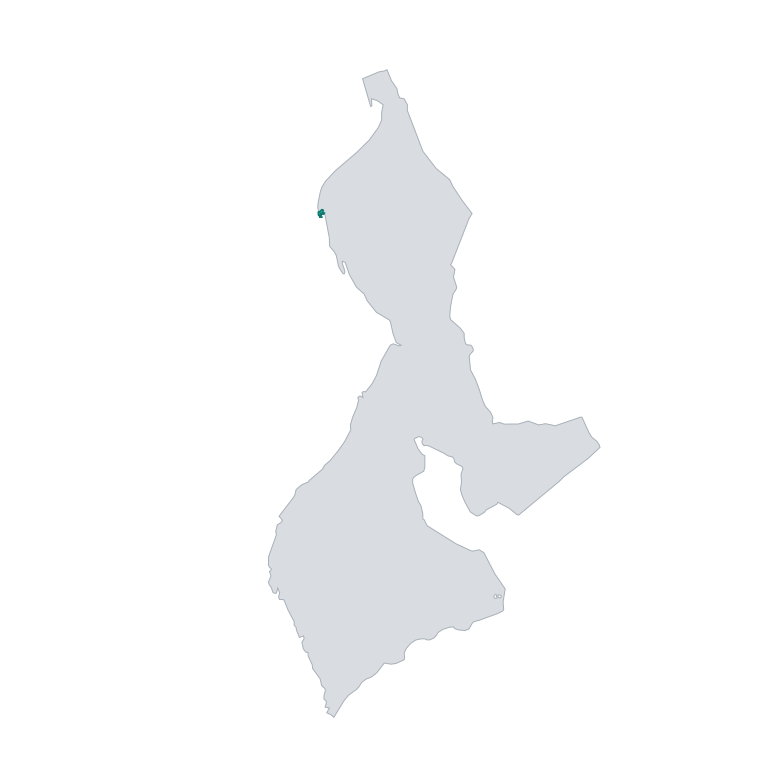 location of Cidade De Inhambane, Inhambane, Mozambique, rotated 159°
{"feature_id": "85939544B19302565001464", "entity_name": "Cidade De Inhambane", "entity_type": "district", "adm_level": 2, "iso_a3": "MOZ", "parent_name": "Mozambique", "parent_adm1": "Inhambane", "projection": "mercator", "projection_center": [35.448, -23.874], "detail": "fine", "context": "in_parent", "style": "filled", "palette": "teal", "viewbox_px": 768, "rotation_deg": 159, "n_neighbors": 0, "source": "geoboundaries", "source_scale": "gbopen_adm2", "svg_char_len": 5560}
<svg xmlns="http://www.w3.org/2000/svg" viewBox="0 0 768 768"><g transform="rotate(159 384 384)"><path d="M240.7,511.6L245.5,507.8L277.3,472.8L279.2,471.4L276.7,465.6L280.8,458.9L281.4,448.4L282.6,446.7L287.4,443.2L294.1,432.5L298.2,424.1L298.7,420.2L292.8,408.8L291.0,402.8L292.8,397.5L293.4,392.6L292.6,391.0L288.9,389.0L288.3,386.8L288.3,384.2L289.1,382.8L293.6,380.5L294.6,379.2L298.2,366.1L297.0,356.3L297.0,345.0L297.8,333.4L297.4,326.8L294.6,319.3L294.3,313.8L296.4,310.0L296.7,307.8L289.8,306.6L286.2,303.5L272.9,298.5L262.7,297.8L254.2,290.3L247.5,289.1L239.0,283.6L212.0,282.6L211.1,282.0L210.1,265.4L209.1,260.0L205.8,254.1L204.9,250.1L205.1,247.4L220.0,241.4L249.2,233.0L255.6,230.2L305.3,213.4L306.7,214.4L311.6,223.0L320.0,232.7L322.0,231.3L333.9,229.8L335.7,228.5L339.3,227.6L343.4,227.1L344.9,227.7L349.3,233.7L350.8,245.0L351.0,252.7L350.5,258.1L346.9,264.4L344.3,272.4L340.5,276.8L340.6,278.8L344.9,283.6L345.8,285.6L345.6,289.7L346.3,291.4L350.0,294.0L352.9,297.9L363.7,309.5L366.5,311.6L368.7,312.1L369.7,314.4L369.1,317.0L367.4,318.5L368.1,320.7L370.2,322.4L375.2,322.1L375.8,321.4L375.4,311.2L373.7,305.2L371.6,302.4L375.8,291.4L378.1,288.4L386.2,287.2L389.9,286.1L391.4,284.8L392.7,281.3L393.6,271.5L394.0,262.4L393.1,257.0L394.3,248.9L396.1,244.0L395.2,243.0L394.5,236.2L374.3,209.3L362.8,197.3L360.9,196.1L354.5,195.1L351.2,190.7L348.5,166.7L344.3,149.3L350.9,137.9L353.1,130.5L354.5,129.5L360.1,129.0L380.1,129.3L385.0,129.9L387.2,129.2L392.5,124.8L396.7,124.8L402.5,127.7L405.6,130.2L406.2,132.3L410.0,133.5L417.2,133.8L422.4,132.7L425.7,130.2L429.1,128.9L432.7,128.7L435.4,129.6L437.3,131.5L440.8,132.8L446.0,133.6L451.7,132.4L457.9,129.2L461.4,125.8L463.3,120.1L464.5,119.3L473.1,118.8L477.8,119.9L483.8,123.4L494.0,117.1L500.5,115.0L506.7,114.9L511.8,113.4L515.7,110.4L519.9,108.5L528.5,106.2L534.3,103.0L550.3,90.8L552.1,94.3L555.3,97.6L551.1,101.1L554.8,103.4L552.1,106.8L551.7,109.1L553.0,111.5L551.2,115.4L548.9,118.3L548.2,120.6L550.3,124.7L549.3,131.8L552.6,143.8L551.6,147.7L552.3,157.2L551.1,160.6L553.2,161.8L554.2,165.6L553.3,172.1L549.8,174.9L549.4,177.6L553.8,177.7L553.9,185.9L553.3,188.4L554.3,191.1L553.0,194.2L554.6,207.5L554.7,217.2L555.0,218.7L558.8,220.3L558.7,223.0L556.2,226.5L556.4,231.6L559.2,227.5L560.8,227.5L562.3,229.2L562.3,235.0L563.1,237.9L562.8,240.5L558.3,245.3L558.1,250.0L556.3,250.6L555.5,251.8L556.7,254.5L556.6,256.9L553.5,264.3L538.3,282.0L538.0,285.0L534.1,290.7L529.9,291.6L527.6,293.1L529.4,298.1L509.1,310.6L507.0,312.4L503.8,317.0L497.0,319.4L489.8,319.7L488.5,320.7L472.1,326.5L468.8,329.3L461.8,331.8L450.7,338.1L441.7,344.1L431.4,353.1L430.0,357.9L425.2,364.2L417.9,371.7L413.6,377.9L413.3,380.7L410.7,381.5L408.6,378.9L407.6,383.9L405.9,384.3L403.9,383.3L394.8,388.7L387.9,394.7L378.3,406.5L364.2,418.0L361.0,418.2L356.5,414.3L354.1,414.0L357.7,418.3L357.5,427.9L355.8,439.2L356.0,441.7L365.4,453.7L369.9,467.8L370.3,475.0L375.0,484.3L377.1,498.3L376.6,511.4L378.9,513.5L379.7,511.6L380.1,503.4L381.4,501.2L382.6,501.5L383.8,506.0L384.2,510.7L382.5,521.0L383.0,525.1L385.4,532.1L382.6,540.3L378.5,562.8L379.4,564.3L381.5,564.8L382.3,562.3L383.6,562.3L384.2,563.8L382.5,572.7L380.7,576.6L374.6,586.2L371.2,590.3L365.7,594.4L352.7,600.7L326.7,609.9L310.2,617.1L297.2,625.6L291.5,631.4L289.1,638.0L284.7,644.9L288.5,650.7L293.4,654.8L295.7,648.0L297.0,647.9L294.6,676.7L276.7,677.2L271.5,676.1L268.6,676.4L268.3,664.3L266.1,655.3L267.1,648.9L266.8,645.4L263.0,643.1L262.1,636.3L264.2,630.9L264.3,587.3L258.0,566.3L249.4,551.2L248.9,543.7L245.2,527.1L240.7,511.6ZM355.3,147.7L357.4,146.7L357.7,144.7L356.3,143.7L355.2,143.9L354.6,147.1L355.3,147.7ZM353.9,144.1L352.2,142.6L350.9,143.0L350.5,144.3L351.8,145.9L353.2,145.9L353.9,144.1Z" fill="#d9dde1" stroke="#a8b0b8" stroke-width="1"/><path d="M378.7,568.2L378.7,568.3L378.8,568.3L378.9,568.5L379.0,568.5L379.1,568.8L379.3,569.0L379.5,569.1L379.9,569.0L380.0,568.9L380.3,568.8L380.4,568.7L380.5,568.7L380.8,568.6L381.0,568.4L381.3,568.2L381.5,568.2L383.6,568.1L383.7,567.8L383.9,567.6L383.7,567.5L383.7,567.4L383.9,566.9L383.9,566.7L384.1,566.6L384.5,565.9L384.6,565.7L384.7,565.4L384.6,565.2L384.6,564.9L384.4,564.8L384.2,564.6L384.1,564.1L384.1,563.9L384.1,563.5L384.1,563.2L384.1,562.9L384.2,562.7L383.9,562.6L383.7,562.6L383.3,562.6L383.2,562.5L383.1,562.4L382.9,562.3L382.8,562.2L382.7,562.2L382.4,562.2L382.2,562.1L382.2,562.3L382.3,562.3L382.5,562.4L382.6,562.5L382.8,562.6L383.0,562.7L383.1,562.8L382.9,562.8L382.7,562.8L382.5,563.0L382.4,563.1L382.3,563.4L382.4,563.5L382.5,563.6L382.6,563.8L382.6,564.0L382.7,564.3L382.7,564.5L382.7,564.8L382.4,564.8L382.4,564.7L382.3,564.8L382.2,564.8L381.9,564.8L381.8,565.0L381.7,565.0L381.8,565.1L382.0,565.2L382.0,565.3L382.0,565.5L382.1,565.8L382.1,566.0L381.9,566.0L381.7,566.0L381.5,565.9L381.4,565.9L381.4,565.7L381.2,565.6L381.1,565.4L381.1,565.2L381.0,564.9L380.9,564.9L380.9,564.7L380.7,564.7L380.7,564.8L380.8,564.8L380.7,564.8L380.8,564.9L380.8,565.0L381.0,565.1L380.9,565.2L381.0,565.2L381.1,565.3L380.9,565.4L380.7,565.4L380.5,565.2L380.3,565.0L380.2,565.0L380.2,564.9L380.0,564.7L379.9,564.6L379.7,564.5L379.7,564.4L379.5,564.2L379.4,564.2L379.2,564.2L379.1,564.3L378.9,564.4L378.9,564.5L379.0,564.6L379.0,564.8L379.2,564.7L379.3,564.8L379.3,565.0L379.3,565.3L379.2,565.4L379.1,565.2L378.9,565.2L378.7,565.2L378.8,565.3L378.8,565.5L378.8,565.8L378.9,566.0L379.0,566.2L379.1,566.3L379.2,566.6L379.3,566.7L379.3,566.8L379.3,567.0L379.2,567.2L379.2,567.3L379.1,567.5L378.9,567.8L378.7,567.9L378.5,568.0L378.7,568.2Z" fill="#14b8a6" stroke="#0f766e" stroke-width="1.5"/></g></svg>